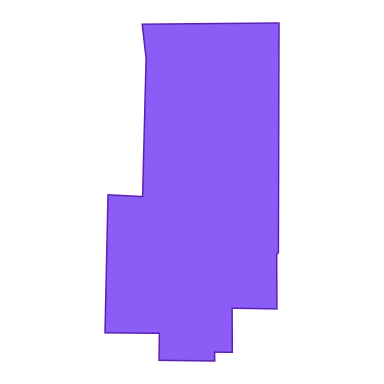 the district of Bollinger, Missouri, United States of America
{"feature_id": "52423323B38725107036826", "entity_name": "Bollinger", "entity_type": "district", "adm_level": 2, "iso_a3": "USA", "parent_name": "United States of America", "parent_adm1": "Missouri", "projection": "orthographic", "projection_center": [-90.042, 37.32], "detail": "fine", "context": "isolated", "style": "filled", "palette": "violet", "viewbox_px": 384, "rotation_deg": 0, "n_neighbors": 0, "source": "geoboundaries", "source_scale": "gbopen_adm2", "svg_char_len": 321}
<svg xmlns="http://www.w3.org/2000/svg" viewBox="0 0 384 384"><path d="M108.0,194.8L105.0,332.8L159.4,333.3L159.0,360.3L214.7,361.0L214.6,352.1L232.3,352.3L232.1,308.2L276.9,308.9L276.7,254.4L278.4,252.8L279.0,23.0L142.2,24.2L146.1,58.2L142.6,196.6L108.0,194.8Z" fill="#8b5cf6" stroke="#5b21b6" stroke-width="1.5"/></svg>